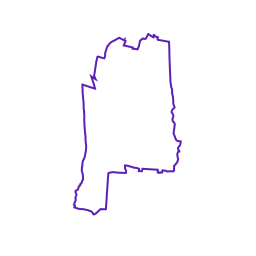 Hoceni, Vaslui, Romania (Equal Earth projection), rotated 208°
{"feature_id": "2599482B41865745609486", "entity_name": "Hoceni", "entity_type": "district", "adm_level": 2, "iso_a3": "ROU", "parent_name": "Romania", "parent_adm1": "Vaslui", "projection": "equal_earth", "projection_center": [27.99, 46.533], "detail": "fine", "context": "isolated", "style": "outline", "palette": "violet", "viewbox_px": 256, "rotation_deg": 208, "n_neighbors": 0, "source": "geoboundaries", "source_scale": "gbopen_adm2", "svg_char_len": 5668}
<svg xmlns="http://www.w3.org/2000/svg" viewBox="0 0 256 256"><g transform="rotate(208 128 128)"><path d="M148.9,222.2L148.6,221.6L148.3,220.5L148.2,220.0L151.7,220.2L153.1,220.4L154.2,220.5L154.2,217.8L154.3,214.9L157.1,213.8L156.9,213.4L157.2,213.0L157.6,212.5L158.3,210.7L157.0,206.0L156.7,205.0L156.7,203.9L156.6,203.3L156.5,202.2L156.5,201.9L157.5,201.7L161.1,200.2L161.5,201.3L167.9,199.7L170.4,198.9L170.4,199.1L170.5,199.6L170.6,200.1L170.8,200.9L170.8,201.6L170.7,202.4L170.9,202.7L171.0,202.9L171.0,203.6L172.0,203.6L172.5,204.0L172.6,204.3L172.7,204.0L172.7,203.6L178.2,203.5L180.5,199.8L182.7,196.6L183.4,195.4L183.6,194.7L183.7,194.1L183.9,193.5L184.2,192.5L184.3,192.2L184.3,191.9L184.1,191.7L184.1,191.4L184.5,190.8L184.6,190.5L184.4,189.9L184.5,189.4L184.4,188.8L184.3,188.5L183.3,183.2L182.1,181.1L181.8,179.7L181.7,178.4L183.0,178.0L185.2,177.5L187.4,177.2L187.5,177.2L187.7,176.9L188.1,176.8L188.2,176.6L188.4,176.4L188.3,176.2L188.2,175.8L188.1,175.5L187.5,173.0L187.1,171.4L186.6,170.3L186.5,170.0L186.0,168.5L184.7,164.8L182.8,159.3L182.3,157.7L181.3,157.4L180.6,156.6L179.6,155.9L183.3,156.1L184.6,156.3L178.3,150.2L175.6,147.3L179.6,146.5L187.8,145.1L188.0,145.0L188.6,144.9L188.5,144.6L187.8,143.5L187.6,142.9L186.2,140.8L185.5,139.4L185.1,138.7L184.6,137.8L183.4,136.0L182.1,134.1L181.5,133.0L178.8,129.0L178.0,127.6L177.7,127.0L177.4,126.5L176.1,124.0L175.7,123.6L175.2,122.9L174.9,122.6L173.9,120.8L173.4,120.1L173.1,119.5L172.9,119.2L172.6,118.8L171.8,117.3L170.9,115.5L170.5,114.6L170.0,113.8L168.3,111.1L168.0,110.4L167.2,109.1L166.0,107.2L165.7,106.8L163.9,103.9L162.0,101.2L161.7,100.7L161.4,100.3L160.4,98.4L158.7,95.6L157.0,93.3L155.7,91.0L154.8,88.8L154.3,87.5L154.0,86.6L153.8,86.2L153.7,85.4L153.2,84.2L153.2,83.8L152.8,82.6L152.4,81.1L152.4,80.9L152.5,80.1L152.3,79.2L152.4,78.3L152.4,77.7L151.9,76.2L151.1,74.3L150.6,73.0L150.4,72.6L150.4,72.2L150.2,72.1L150.1,71.7L150.1,71.3L150.0,71.1L149.5,70.2L149.4,69.8L149.1,69.4L149.0,69.1L148.7,68.6L148.3,68.0L148.1,67.8L147.9,67.7L147.7,67.5L147.1,66.8L146.4,66.1L145.8,65.3L145.3,64.6L144.7,63.6L144.5,63.0L144.4,62.8L144.1,62.5L143.6,61.4L143.6,60.6L143.7,60.2L143.5,59.6L143.4,59.0L143.2,57.6L143.4,57.0L143.8,56.5L143.8,56.4L143.7,56.1L143.4,55.8L143.3,55.2L143.3,54.8L143.8,54.4L143.9,53.6L143.8,52.9L144.0,52.6L143.7,51.9L143.5,51.4L143.3,50.7L143.9,49.1L144.6,48.1L144.8,47.8L144.6,47.4L144.4,47.2L144.1,46.6L143.9,46.4L143.6,46.1L143.4,46.0L142.8,45.6L142.6,45.3L142.0,44.4L141.9,44.0L141.9,43.7L141.9,42.3L141.4,41.3L140.9,40.7L140.6,40.4L140.4,39.8L140.2,39.3L140.1,38.8L140.3,37.6L139.9,36.8L139.9,36.2L139.6,35.4L139.7,34.9L139.2,34.8L138.6,34.7L138.4,34.6L138.2,34.3L138.1,34.1L138.2,33.4L138.1,32.7L137.1,32.9L134.4,33.3L133.6,33.5L130.9,34.5L130.5,34.8L130.1,35.0L129.9,35.1L128.7,35.6L126.9,36.0L125.4,36.5L124.6,36.7L122.8,36.8L121.8,37.1L120.9,37.0L119.5,36.6L118.6,35.8L118.2,35.6L117.5,35.6L116.3,37.5L115.7,38.7L115.3,40.5L115.0,41.3L114.5,42.2L114.2,43.6L113.0,43.9L112.0,44.6L111.5,44.8L110.8,45.2L109.9,45.5L109.4,45.9L112.7,53.3L113.6,55.4L114.4,56.9L115.1,58.7L116.0,60.4L117.4,63.8L119.8,69.1L121.1,72.0L121.3,72.6L121.8,73.4L123.2,76.8L124.1,78.8L123.6,79.5L121.4,81.5L119.7,82.4L118.9,82.6L117.7,83.2L116.0,83.8L109.8,86.8L108.7,87.5L109.1,88.4L109.5,89.1L110.4,90.0L111.0,90.4L111.4,90.7L112.5,92.4L113.1,93.5L111.4,94.3L110.7,94.4L110.1,94.7L109.7,94.8L108.5,94.8L107.2,95.3L106.2,95.5L105.5,95.6L105.3,95.6L104.9,95.6L104.0,95.8L103.8,95.8L103.4,96.1L102.8,96.4L102.4,96.5L101.8,96.7L101.0,96.9L99.1,97.2L98.8,96.6L98.5,95.9L98.4,95.7L98.2,95.6L98.1,95.1L95.5,96.3L95.6,96.9L95.6,97.2L96.1,98.8L95.1,99.2L94.6,99.4L92.0,100.7L91.3,100.9L89.7,101.7L88.5,102.2L85.8,103.4L84.6,104.0L82.2,105.1L81.4,103.9L81.1,103.0L81.0,102.8L80.3,103.0L80.1,102.8L79.7,103.0L79.1,103.2L78.5,103.7L78.7,103.9L77.4,104.6L77.0,104.7L77.2,105.6L77.6,106.5L77.7,106.8L76.6,107.1L75.5,107.6L74.8,108.0L73.3,108.0L72.9,108.0L70.3,109.7L68.8,110.4L67.5,111.1L67.4,111.6L67.5,111.6L68.0,113.4L68.3,113.6L68.4,113.8L68.5,114.4L69.1,115.6L69.5,115.8L69.5,116.1L69.4,116.7L69.0,117.9L68.9,118.2L68.9,118.6L68.7,119.8L68.5,120.4L68.4,120.7L68.9,122.8L68.9,123.5L69.1,124.0L69.3,124.4L70.3,125.3L72.0,127.6L72.2,128.0L72.4,128.8L72.4,129.4L72.6,130.4L72.6,130.7L72.5,130.8L71.7,131.2L71.6,131.3L71.7,131.6L72.1,131.9L73.0,132.3L73.8,132.8L74.3,133.5L74.4,134.1L74.5,134.3L74.5,134.5L74.4,134.9L74.1,135.7L74.1,137.0L74.0,137.5L74.4,138.9L74.6,139.5L74.8,139.8L74.9,140.4L75.1,140.9L75.7,140.7L76.8,140.3L77.4,140.2L77.8,140.0L78.3,139.8L79.7,140.0L80.8,140.8L81.7,141.5L82.2,142.1L83.1,142.8L84.2,143.8L85.1,144.4L85.6,145.5L87.2,150.1L87.9,151.7L88.3,153.0L89.0,153.9L89.8,154.4L90.7,154.7L91.5,154.8L92.5,156.2L93.0,156.8L93.3,159.4L93.6,160.0L94.5,160.9L95.9,162.0L97.1,162.6L97.3,163.7L97.4,165.2L97.1,166.2L96.5,167.5L96.5,167.9L96.9,168.5L98.6,169.9L99.3,170.6L100.3,172.2L100.5,172.9L102.7,176.1L103.2,177.0L103.8,177.6L104.6,178.7L105.1,178.9L105.5,179.4L105.7,179.9L105.8,180.5L106.0,180.8L106.5,181.3L106.6,181.5L106.9,182.4L107.2,182.9L107.5,183.2L108.6,184.0L109.2,184.7L109.5,184.9L109.7,185.1L110.2,186.1L111.0,187.0L111.2,187.3L111.3,187.6L111.5,187.9L112.1,188.5L112.3,188.9L114.8,193.2L116.8,196.6L117.4,197.4L117.6,197.9L119.7,201.5L120.3,202.4L120.4,202.8L121.2,204.1L122.8,206.8L123.0,207.3L123.4,207.9L125.1,210.8L125.6,211.8L126.8,213.8L127.2,214.6L127.6,215.2L127.7,215.6L130.4,220.2L132.3,223.4L133.4,223.0L134.2,222.7L140.3,220.8L141.9,220.3L142.2,220.1L142.7,219.9L142.8,219.9L143.7,220.3L144.0,220.8L144.3,221.3L144.1,221.5L144.1,221.8L144.4,221.7L144.7,222.1L147.3,221.5L148.3,222.4L148.9,222.2Z" fill="none" stroke="#5b21b6" stroke-width="2"/></g></svg>